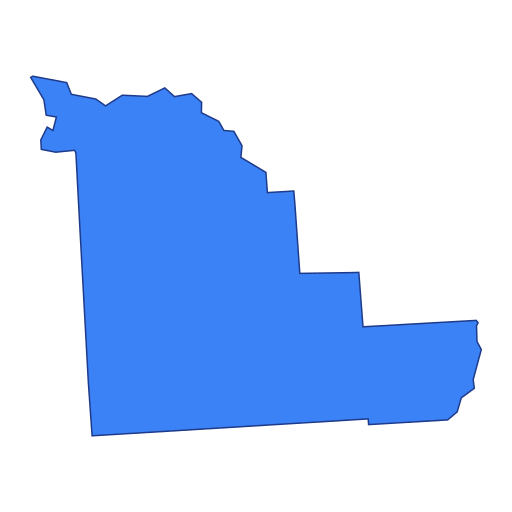 the district of Madison, New York, United States of America
{"feature_id": "52423323B70020317049433", "entity_name": "Madison", "entity_type": "district", "adm_level": 2, "iso_a3": "USA", "parent_name": "United States of America", "parent_adm1": "New York", "projection": "equal_earth", "projection_center": [-75.672, 42.954], "detail": "fine", "context": "isolated", "style": "filled", "palette": "blue", "viewbox_px": 512, "rotation_deg": 0, "n_neighbors": 0, "source": "geoboundaries", "source_scale": "gbopen_adm2", "svg_char_len": 726}
<svg xmlns="http://www.w3.org/2000/svg" viewBox="0 0 512 512"><path d="M92.1,435.8L368.2,418.9L368.6,424.6L447.7,419.9L457.2,411.8L461.3,397.8L474.3,388.3L473.2,379.6L481.3,349.5L477.0,341.5L476.5,325.8L478.1,322.7L476.2,320.4L363.0,326.8L358.8,272.4L351.4,272.6L299.8,273.4L294.9,204.3L293.8,191.0L267.4,192.6L265.9,172.4L240.9,157.4L242.0,145.7L233.8,131.3L223.9,130.5L218.8,121.4L201.4,112.7L201.6,102.3L191.6,93.6L174.5,96.6L164.8,87.9L147.4,96.4L122.3,95.2L105.5,105.9L95.8,99.0L71.3,94.3L66.7,82.6L32.8,76.2L30.7,77.4L43.9,99.8L46.2,115.2L56.4,117.0L52.9,130.5L47.2,127.1L40.8,139.9L41.3,149.4L55.7,152.2L74.6,150.3L75.9,153.1L79.9,228.5L88.4,383.3L92.1,435.8Z" fill="#3b82f6" stroke="#1e3a8a" stroke-width="1.5"/></svg>